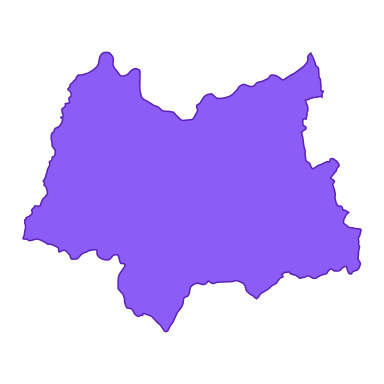 Tay Hoa, Phú Yên, Vietnam
{"feature_id": "81297802B36488646512837", "entity_name": "Tay Hoa", "entity_type": "district", "adm_level": 2, "iso_a3": "VNM", "parent_name": "Vietnam", "parent_adm1": "Phú Yên", "projection": "albers", "projection_center": [109.179, 12.914], "detail": "fine", "context": "isolated", "style": "filled", "palette": "violet", "viewbox_px": 384, "rotation_deg": 0, "n_neighbors": 0, "source": "geoboundaries", "source_scale": "gbopen_adm2", "svg_char_len": 5860}
<svg xmlns="http://www.w3.org/2000/svg" viewBox="0 0 384 384"><path d="M310.8,53.1L308.4,55.4L308.0,56.2L307.7,57.0L307.9,60.1L307.0,62.5L304.2,65.8L301.7,67.9L293.6,73.8L291.7,74.5L283.8,79.7L282.9,79.9L281.6,79.2L277.5,76.3L274.8,75.2L272.1,75.0L270.8,75.3L269.7,76.2L268.9,77.8L268.1,78.5L262.2,81.3L257.8,82.3L256.8,82.8L255.7,83.9L254.6,85.4L253.3,86.3L251.5,86.5L249.4,86.3L244.6,84.5L243.5,84.4L241.8,84.9L239.1,86.7L236.9,90.0L232.8,94.2L229.7,96.2L226.0,97.5L221.9,98.3L217.8,98.4L216.6,98.0L215.3,97.1L212.1,94.0L211.0,93.9L207.9,94.4L205.8,95.4L204.0,96.9L202.7,98.6L200.4,102.6L199.2,103.8L197.1,104.9L196.7,105.6L196.5,106.6L197.6,109.9L197.4,111.3L193.6,118.1L192.5,119.3L190.9,119.7L183.3,120.4L181.7,120.3L180.7,119.6L176.0,115.0L173.5,112.3L172.6,112.0L168.7,111.4L164.7,111.2L163.0,110.9L162.0,110.5L159.3,107.9L157.8,106.8L153.8,105.4L147.6,101.4L143.8,99.4L141.8,97.5L141.1,95.7L139.8,89.7L140.0,71.2L139.2,69.8L136.8,68.8L135.3,68.7L134.2,68.9L132.8,69.4L131.6,70.3L130.1,71.6L128.5,73.6L126.6,75.0L123.5,76.1L120.9,75.8L119.8,75.0L117.7,72.1L114.2,67.8L113.1,64.9L113.0,63.7L113.4,58.9L112.4,56.3L111.2,54.7L109.4,52.8L107.1,52.4L104.5,52.5L103.0,53.0L101.7,53.9L100.1,56.4L99.2,59.5L98.5,63.7L97.1,66.5L93.8,69.5L89.9,72.0L87.8,73.2L82.2,74.8L78.2,75.1L77.5,75.7L76.3,77.5L75.7,79.4L73.7,81.0L72.6,82.5L70.7,83.9L70.1,84.8L69.7,86.9L67.9,88.8L68.1,89.9L69.3,90.6L70.5,91.7L71.2,93.8L71.0,96.2L69.1,97.7L68.9,98.1L68.9,99.7L69.6,102.8L69.0,103.2L66.9,103.2L65.3,103.7L65.4,105.8L65.1,106.3L63.6,107.8L62.3,108.7L61.9,109.3L62.0,111.6L63.3,115.7L63.3,116.2L62.7,116.9L62.2,117.1L60.9,117.1L60.8,117.3L61.4,118.1L62.7,118.9L61.8,122.6L59.6,126.0L59.1,126.4L58.5,126.9L55.1,128.4L54.4,129.4L54.1,131.5L52.4,132.7L51.4,134.6L51.1,138.2L52.1,143.4L52.1,145.8L52.6,146.8L53.4,147.4L54.1,148.9L55.2,149.9L55.0,155.0L54.8,155.5L53.8,156.5L52.7,156.8L52.1,157.3L52.0,159.4L51.2,160.7L49.5,161.5L49.3,162.4L49.8,164.0L49.7,165.1L47.3,169.8L46.9,172.8L46.2,173.9L45.7,176.7L44.8,178.2L44.5,179.3L43.2,181.0L43.3,181.5L44.6,182.6L43.9,185.0L45.6,186.5L46.6,188.6L47.3,192.2L47.4,194.5L45.8,195.6L45.3,196.8L43.0,198.7L41.1,202.7L40.3,205.5L39.1,206.1L38.0,206.2L35.0,205.8L33.8,207.7L32.4,208.8L31.8,209.7L31.6,210.7L32.3,212.3L32.0,213.7L30.8,215.0L28.8,216.6L26.1,217.6L25.9,219.3L24.8,219.8L24.8,223.2L25.5,225.2L25.5,228.2L24.8,230.8L24.2,235.4L23.6,237.0L23.0,238.0L23.0,238.6L23.5,239.0L27.0,239.2L28.9,240.6L30.5,240.6L36.1,239.1L38.0,239.1L41.5,240.5L45.4,242.5L47.9,244.3L50.0,244.0L54.7,245.8L57.7,247.4L58.5,248.4L58.8,251.7L59.3,252.0L63.2,250.3L65.0,250.4L66.5,251.4L69.6,254.9L71.1,258.7L71.9,259.2L76.9,258.9L77.8,258.4L81.3,254.5L83.2,253.2L87.4,251.6L88.5,250.9L90.4,250.3L94.0,249.8L96.2,249.8L97.0,250.4L97.0,253.7L97.5,255.4L98.4,256.5L99.9,257.8L102.2,259.0L104.5,259.7L107.9,260.0L108.9,259.7L109.9,259.2L113.0,255.6L114.2,254.9L117.8,254.8L118.1,255.1L120.2,262.5L120.9,263.4L124.1,263.8L124.8,264.4L125.0,265.2L124.9,266.1L124.2,267.2L120.0,273.3L119.0,275.2L118.4,277.6L118.1,280.4L118.1,288.4L118.4,289.1L119.9,290.7L120.5,291.8L121.9,292.9L123.0,294.2L124.5,298.8L124.6,302.2L126.2,306.9L127.1,308.0L131.5,308.8L133.0,310.8L134.1,313.1L135.0,314.3L136.3,315.5L138.0,316.4L138.8,316.4L140.0,315.5L142.6,315.4L142.7,314.1L143.5,313.6L144.5,313.7L150.8,315.9L152.2,317.0L157.7,322.8L160.6,325.4L164.2,330.7L165.1,331.5L165.6,331.6L166.2,331.6L167.7,330.9L170.6,325.2L171.9,323.7L173.4,321.2L177.4,312.4L181.4,307.4L183.0,303.8L183.6,299.2L183.9,298.0L184.9,297.2L187.5,296.3L188.7,294.7L189.3,293.3L190.1,288.4L190.6,287.1L192.6,285.0L195.1,283.7L197.8,283.2L202.8,284.5L204.7,284.4L206.1,283.6L207.4,282.2L208.3,280.9L211.5,283.1L213.7,283.5L217.2,282.2L232.3,281.6L235.9,280.6L236.8,280.6L241.2,282.3L243.0,283.3L243.7,283.9L245.3,286.3L246.0,289.7L247.0,291.4L250.1,294.3L252.8,295.6L254.9,297.7L256.6,298.7L258.5,297.1L259.3,295.5L260.9,293.5L267.9,289.4L271.8,285.8L276.1,283.5L278.5,280.1L280.2,278.1L283.0,276.9L283.0,276.3L281.8,274.8L281.8,274.1L283.6,273.3L285.1,272.1L287.1,272.5L287.9,272.0L288.8,271.9L290.9,274.0L295.8,275.3L297.0,276.1L299.4,278.1L300.8,278.1L304.9,277.1L306.7,276.1L308.3,275.9L309.8,276.3L312.5,278.2L314.7,278.4L316.5,278.0L318.1,276.8L321.4,275.1L326.1,273.8L326.9,273.2L328.4,270.8L330.8,268.7L331.7,268.9L333.2,270.4L334.2,270.9L336.2,271.1L338.6,270.9L340.1,270.4L342.4,268.0L344.2,266.9L345.3,266.4L346.3,266.4L347.7,271.1L348.6,273.1L350.3,274.1L351.3,273.9L352.8,271.8L353.4,271.3L357.0,270.2L358.3,269.1L359.3,267.4L360.1,265.1L360.5,263.2L358.4,259.7L358.1,258.4L358.7,250.6L359.6,246.8L358.6,244.4L358.8,241.3L358.3,238.5L359.7,235.7L361.0,230.5L360.9,229.5L360.0,228.9L355.1,228.5L351.8,227.6L348.9,227.5L345.8,224.7L343.9,223.6L343.5,222.3L343.8,219.6L346.0,215.2L347.3,213.6L348.7,212.4L345.0,210.2L343.1,210.1L342.4,207.7L341.6,206.4L340.9,206.1L338.6,206.0L338.1,205.7L337.4,205.2L336.1,202.9L334.9,197.3L335.3,195.2L335.2,193.3L334.1,188.5L332.6,184.6L334.3,181.8L334.3,180.7L330.4,178.1L336.4,170.6L337.0,168.4L339.2,165.6L338.8,164.1L336.7,161.1L335.4,160.4L333.9,159.0L331.6,158.5L330.3,159.1L329.7,161.3L329.0,162.0L327.3,161.6L326.6,161.8L321.4,164.3L317.9,165.6L314.2,168.2L312.2,168.7L310.6,165.8L309.8,163.5L306.6,161.2L306.0,160.3L305.6,158.8L305.1,154.4L305.1,150.2L303.9,146.4L302.8,137.8L301.9,133.8L301.3,132.4L303.1,130.9L305.9,129.0L306.0,128.6L305.9,127.1L305.3,126.5L303.4,125.6L303.0,125.2L302.8,120.9L303.0,119.7L303.5,119.1L304.6,118.8L306.0,119.3L307.1,114.7L306.8,112.7L307.7,111.1L307.9,110.2L307.8,107.1L305.3,100.1L307.0,99.9L309.0,99.3L310.5,98.2L312.2,98.2L313.1,97.5L315.5,97.4L321.1,96.4L322.0,97.1L322.1,93.8L323.3,91.4L323.2,91.1L321.4,91.0L321.1,90.7L320.9,89.9L321.0,86.3L320.4,79.8L320.2,78.8L319.2,77.6L319.0,76.6L318.6,68.8L317.9,67.3L316.0,65.9L315.3,63.3L313.3,58.1L310.8,53.1Z" fill="#8b5cf6" stroke="#5b21b6" stroke-width="1.5"/></svg>